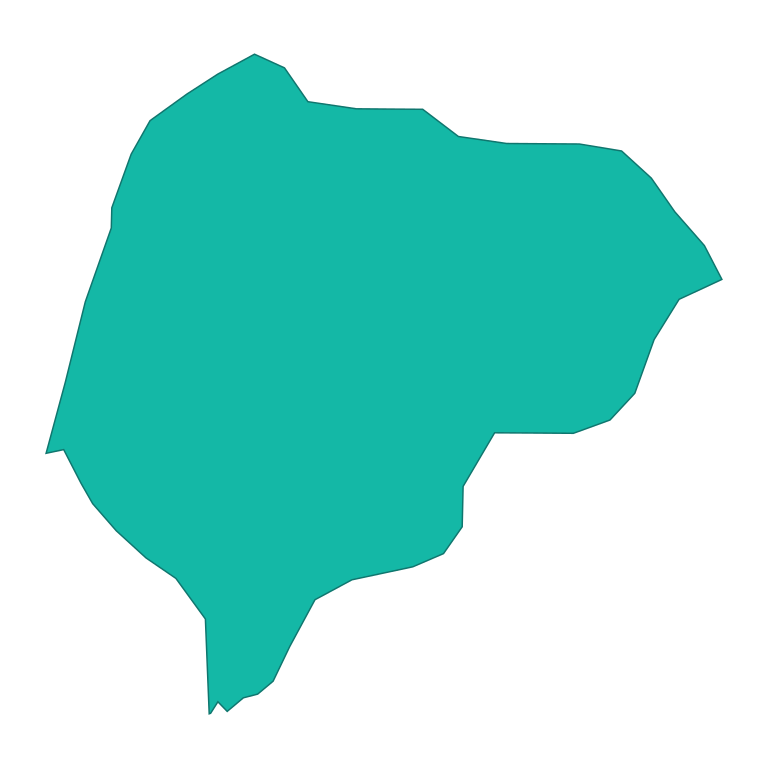 Tongrim, P'yŏngan-bukto, North Korea (Albers equal-area conic projection)
{"feature_id": "82179303B24369360194646", "entity_name": "Tongrim", "entity_type": "district", "adm_level": 2, "iso_a3": "PRK", "parent_name": "North Korea", "parent_adm1": "P'yŏngan-bukto", "projection": "albers", "projection_center": [124.812, 39.902], "detail": "fine", "context": "isolated", "style": "filled", "palette": "teal", "viewbox_px": 768, "rotation_deg": 0, "n_neighbors": 0, "source": "geoboundaries", "source_scale": "gbopen_adm2", "svg_char_len": 782}
<svg xmlns="http://www.w3.org/2000/svg" viewBox="0 0 768 768"><path d="M209.2,713.8L210.6,713.3L217.9,701.8L227.2,711.4L243.4,697.8L257.7,694.1L273.1,681.2L289.7,646.6L315.0,599.7L351.9,579.8L382.4,573.3L412.8,566.8L443.5,553.6L462.2,526.8L463.1,486.4L494.6,432.8L530.9,433.0L573.4,433.3L610.0,420.0L634.8,393.3L654.1,339.6L679.1,299.3L721.9,279.4L704.4,245.6L692.6,232.1L674.8,211.8L651.3,178.1L621.6,151.0L579.3,144.0L549.1,143.8L506.7,143.5L458.4,136.5L422.7,109.3L392.5,109.1L356.2,108.8L307.9,101.7L284.5,67.9L254.5,54.2L217.8,74.1L187.0,94.0L150.1,120.6L131.2,154.1L111.8,207.8L111.3,228.0L85.3,301.8L65.3,382.3L46.1,453.3L63.7,449.6L81.1,483.4L92.7,503.7L116.3,530.8L146.1,558.0L175.9,578.4L205.4,619.0L209.2,713.8Z" fill="#14b8a6" stroke="#0f766e" stroke-width="1.5"/></svg>